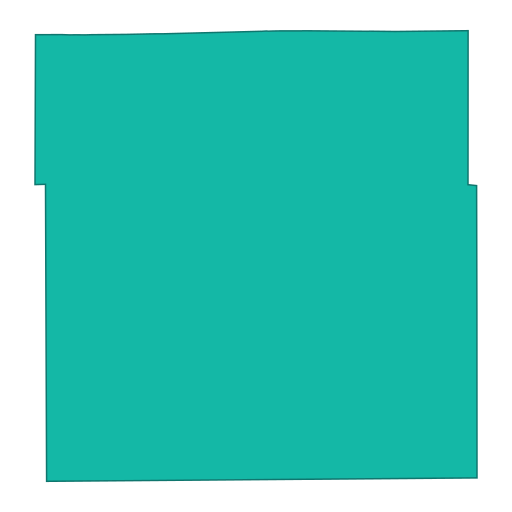 the district of Mercer, Missouri, United States of America
{"feature_id": "52423323B31950432025516", "entity_name": "Mercer", "entity_type": "district", "adm_level": 2, "iso_a3": "USA", "parent_name": "United States of America", "parent_adm1": "Missouri", "projection": "orthographic", "projection_center": [-93.589, 40.422], "detail": "fine", "context": "isolated", "style": "filled", "palette": "teal", "viewbox_px": 512, "rotation_deg": 0, "n_neighbors": 0, "source": "geoboundaries", "source_scale": "gbopen_adm2", "svg_char_len": 537}
<svg xmlns="http://www.w3.org/2000/svg" viewBox="0 0 512 512"><path d="M477.0,477.9L476.9,311.7L476.6,185.6L468.0,184.7L468.1,30.7L395.2,31.5L369.8,31.2L368.1,31.3L306.2,30.8L302.4,30.8L301.8,30.9L280.0,30.9L273.9,31.0L270.7,31.1L268.5,31.2L266.5,31.0L261.7,31.3L261.1,31.4L260.7,31.3L227.0,32.2L163.3,33.8L160.0,33.8L157.1,33.8L149.7,33.9L140.7,34.1L126.4,34.4L91.7,34.7L85.3,34.9L75.7,34.8L69.7,34.9L61.6,34.6L40.0,34.7L35.5,34.7L35.0,184.6L45.5,184.3L46.6,481.3L477.0,477.9Z" fill="#14b8a6" stroke="#0f766e" stroke-width="1.5"/></svg>